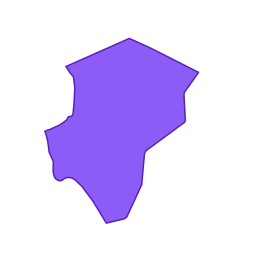 Ma`an, Natural Earth projection, rotated 336°
{"feature_id": "JOR-853", "entity_name": "Ma`an", "entity_type": "Province", "adm_level": 1, "iso_a3": "JOR", "parent_name": "Jordan", "parent_adm1": "", "projection": "natural_earth1", "projection_center": [36.363, 30.219], "detail": "fine", "context": "isolated", "style": "filled", "palette": "violet", "viewbox_px": 256, "rotation_deg": 336, "n_neighbors": 0, "source": "natural_earth", "source_scale": "10m", "svg_char_len": 1202}
<svg xmlns="http://www.w3.org/2000/svg" viewBox="0 0 256 256"><g transform="rotate(336 128 128)"><path d="M165.6,46.7L174.0,56.1L182.4,65.7L182.6,65.9L182.8,66.2L183.0,66.4L183.2,66.7L190.4,75.5L197.5,84.3L204.7,93.1L211.8,101.9L215.0,105.8L214.5,106.2L209.8,109.0L202.0,113.7L194.9,117.8L193.4,119.2L192.6,120.6L190.7,125.5L188.4,131.5L186.3,137.0L183.4,144.5L182.0,145.8L174.4,147.4L165.7,149.4L156.4,151.4L147.0,153.5L141.3,154.7L135.6,156.0L133.8,156.9L132.3,158.7L128.7,165.2L125.7,170.5L121.7,177.8L117.5,185.3L112.5,189.7L104.9,196.4L98.0,202.4L90.9,208.6L89.3,209.3L87.5,209.4L80.7,208.2L73.2,206.8L69.5,206.1L69.4,205.4L66.2,180.4L62.0,162.2L58.6,154.0L57.6,152.4L56.5,151.1L55.2,149.9L53.9,149.1L52.7,148.7L50.8,148.3L49.1,148.3L48.3,148.5L47.4,148.8L46.5,148.9L45.4,148.9L44.4,148.5L43.5,148.0L42.7,147.2L42.1,146.4L41.6,145.5L41.2,144.7L40.9,143.2L41.1,141.1L41.9,137.2L45.7,129.3L46.2,127.0L46.1,118.1L49.0,108.4L50.3,102.2L50.7,97.2L53.3,97.2L56.0,97.6L62.4,97.4L64.6,97.6L70.7,96.8L75.3,95.6L76.2,95.0L76.8,94.3L77.7,93.7L78.3,93.6L79.0,93.6L80.8,94.3L83.1,93.4L88.1,84.7L95.7,69.8L99.0,58.8L97.5,54.4L96.4,46.6L165.6,46.7Z" fill="#8b5cf6" stroke="#5b21b6" stroke-width="1.5"/></g></svg>